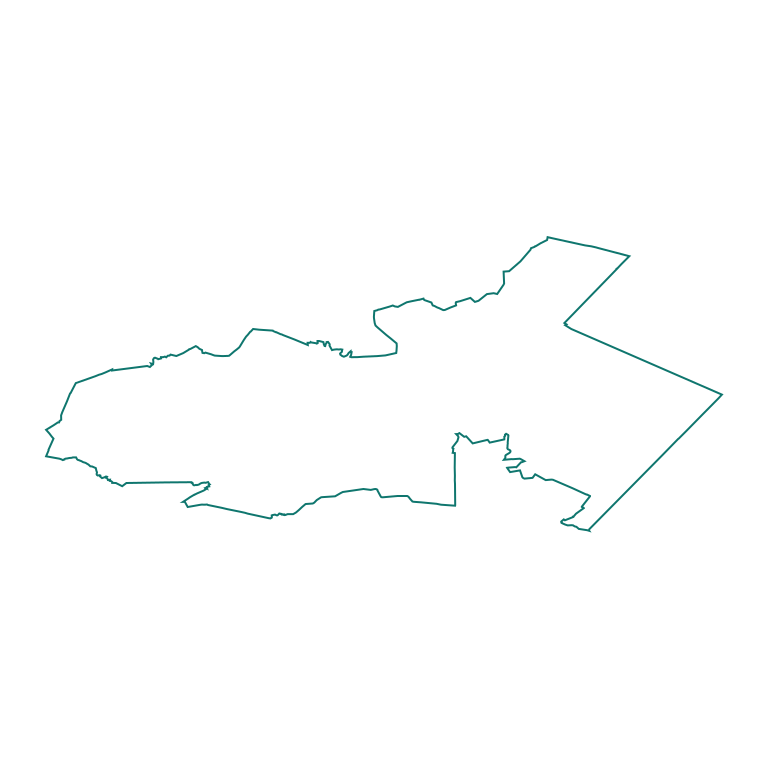 Sarkaņu pag., Madona, Latvia
{"feature_id": "27541924B13907440389179", "entity_name": "Sarkaņu pag.", "entity_type": "district", "adm_level": 2, "iso_a3": "LVA", "parent_name": "Latvia", "parent_adm1": "Madona", "projection": "equal_earth", "projection_center": [26.346, 56.915], "detail": "fine", "context": "isolated", "style": "outline", "palette": "teal", "viewbox_px": 768, "rotation_deg": 0, "n_neighbors": 0, "source": "geoboundaries", "source_scale": "gbopen_adm2", "svg_char_len": 6037}
<svg xmlns="http://www.w3.org/2000/svg" viewBox="0 0 768 768"><path d="M721.9,394.6L571.3,329.0L565.2,325.2L566.5,324.4L564.4,323.0L617.1,268.7L616.9,268.6L618.2,267.5L621.3,264.2L629.3,256.2L598.1,248.0L596.0,247.4L591.2,246.3L585.1,245.4L581.4,244.6L547.6,237.2L547.1,240.0L540.5,243.3L535.9,246.1L535.3,246.4L535.1,246.3L534.2,247.0L531.0,248.2L530.5,249.7L520.4,261.4L509.1,271.2L503.6,271.6L504.1,283.5L503.5,284.8L497.2,294.0L493.7,293.2L486.9,294.1L478.5,300.8L474.9,301.9L470.4,297.9L460.0,301.2L456.1,302.1L455.7,303.0L456.1,305.4L450.5,307.5L444.8,310.0L443.2,310.1L439.0,308.1L437.3,307.5L434.5,306.0L432.7,305.4L431.4,302.5L424.5,300.1L423.9,299.6L423.5,298.6L419.2,299.8L419.1,299.7L411.2,301.3L406.7,302.3L397.9,306.9L394.8,306.4L392.8,305.5L389.5,306.6L379.9,309.4L378.8,309.6L378.3,309.6L377.3,310.2L374.3,311.0L373.9,316.9L374.0,318.3L374.7,323.0L375.5,325.5L377.4,327.3L386.1,334.8L391.1,338.8L396.6,343.4L396.8,346.1L396.5,350.8L396.2,353.0L385.5,355.4L377.1,356.1L363.6,356.7L357.7,357.1L351.3,357.2L350.2,356.8L351.1,355.0L351.6,352.2L350.8,352.2L350.7,351.2L348.6,353.0L347.6,354.7L346.6,355.6L343.9,356.7L342.1,356.0L340.3,354.6L340.1,353.5L341.9,351.8L342.0,350.8L342.3,349.6L340.7,349.3L338.6,349.5L336.9,349.3L334.0,349.6L332.0,350.1L329.5,345.6L329.7,344.8L329.6,344.1L328.0,341.9L326.6,342.1L326.5,343.0L325.7,344.1L325.2,346.1L324.6,346.0L324.3,345.3L323.9,344.6L323.4,342.1L319.1,341.0L317.5,341.0L317.5,341.8L317.8,342.9L316.8,343.6L315.9,343.2L311.0,342.4L310.6,342.0L309.8,342.8L307.6,342.8L307.8,345.0L294.5,339.5L283.1,335.1L281.7,334.4L280.6,334.2L276.3,332.2L276.1,332.3L274.2,331.5L273.1,331.0L272.8,330.6L259.2,329.7L253.1,329.0L250.7,331.6L250.2,331.8L247.8,334.8L246.1,336.6L243.8,340.0L239.8,346.6L239.1,347.5L236.7,349.5L234.3,351.3L229.2,355.7L227.9,355.9L222.4,356.1L214.8,355.6L213.5,355.2L211.2,354.3L205.4,352.6L204.3,353.2L202.5,352.9L202.2,351.4L202.0,350.0L199.4,348.8L197.7,347.2L195.8,346.1L190.3,349.0L189.2,349.2L189.0,349.6L183.2,353.1L176.6,355.9L176.3,356.0L170.5,354.6L169.6,355.6L167.9,355.7L166.2,357.3L164.9,356.6L163.4,357.1L161.0,357.1L161.1,358.4L158.2,359.2L157.8,358.8L155.0,357.7L154.0,358.1L153.3,359.2L153.1,359.7L153.4,362.0L153.1,364.1L151.0,363.5L151.9,365.1L149.9,367.0L147.2,366.0L112.1,370.5L112.2,369.4L105.5,372.4L101.6,374.0L99.1,374.7L95.4,376.2L75.8,383.1L70.6,393.1L70.1,393.4L67.0,401.3L62.3,412.1L61.1,415.4L61.2,419.8L59.5,421.1L59.1,422.4L57.6,422.5L57.0,423.0L53.7,425.2L46.1,429.8L49.4,433.5L51.9,436.8L53.5,438.6L48.5,449.8L48.6,450.3L48.2,451.3L46.1,456.3L59.5,458.7L61.5,459.4L62.8,460.1L63.7,459.8L63.6,459.7L65.1,458.8L66.2,458.5L67.0,458.5L69.3,458.0L71.7,457.8L72.9,457.4L76.1,457.4L77.0,459.2L77.7,459.8L78.2,460.0L79.3,460.3L79.9,460.6L81.5,461.2L83.0,462.1L85.1,462.7L86.2,463.2L87.7,464.2L88.3,464.4L90.3,466.3L92.2,466.5L95.8,468.1L96.4,470.8L97.0,472.3L96.6,474.1L96.9,474.9L97.7,475.5L99.7,475.2L100.3,475.5L100.0,476.4L102.0,478.1L104.2,477.4L106.0,476.5L106.7,476.7L105.7,477.6L105.9,477.8L106.7,478.0L107.3,478.4L107.9,480.0L110.0,479.7L109.8,480.9L111.3,481.2L112.3,482.1L112.2,482.9L115.9,483.0L122.2,486.2L126.4,483.0L166.0,482.4L191.5,482.2L191.9,482.5L191.7,482.6L191.7,482.8L191.9,482.8L191.9,482.6L192.2,482.7L192.4,483.0L192.2,483.1L192.3,483.2L192.3,483.4L192.6,483.7L193.3,484.9L193.7,485.2L194.3,485.3L196.1,484.9L196.8,485.1L198.8,484.6L200.6,483.4L202.0,482.9L204.4,482.6L205.6,482.8L208.1,482.1L209.3,484.1L209.7,484.4L208.6,485.1L209.2,486.4L206.9,486.9L207.2,488.5L206.2,487.8L205.1,488.1L205.9,489.2L203.6,490.6L196.9,493.5L194.4,494.8L194.3,494.7L189.9,497.3L187.9,498.7L183.0,501.9L184.9,501.9L187.7,507.0L200.2,504.8L201.8,504.6L204.9,504.7L207.0,504.5L208.0,505.0L221.6,507.8L227.1,509.1L240.4,511.8L245.0,512.8L247.6,513.6L268.8,518.2L270.5,518.4L270.8,518.1L271.4,517.9L271.4,517.7L271.8,517.4L271.9,517.0L271.7,515.4L272.4,515.1L275.0,514.6L276.6,515.3L277.5,515.3L278.2,514.7L279.3,513.5L280.8,513.8L280.6,514.0L281.5,514.3L281.6,514.5L282.0,514.4L282.8,514.6L283.5,514.4L283.8,514.4L283.6,514.9L284.5,515.1L285.3,515.0L287.7,514.1L293.2,514.1L296.0,512.5L298.9,510.0L302.2,506.9L305.5,504.1L305.9,504.0L312.8,503.5L314.2,502.7L316.7,500.1L320.9,497.4L321.6,497.2L335.1,496.3L341.0,492.9L342.8,492.0L363.4,489.0L370.8,489.9L374.3,489.1L375.5,489.0L376.1,489.1L376.9,489.4L377.4,489.9L377.4,490.3L380.4,495.9L381.0,496.9L381.6,497.2L382.7,497.3L397.5,496.0L407.2,496.0L407.8,496.3L408.5,496.8L410.2,499.0L412.0,501.0L412.4,501.5L412.8,501.6L413.8,501.8L420.7,502.3L436.6,503.8L441.0,504.7L455.1,505.7L455.2,505.3L455.0,483.9L454.8,480.4L454.9,475.7L454.7,467.7L454.9,453.1L452.7,452.8L453.0,451.8L453.2,449.3L453.4,448.7L452.6,448.3L452.4,447.9L452.5,447.3L457.4,441.0L458.5,437.2L458.1,436.1L456.2,434.1L457.9,434.0L459.4,433.1L464.2,436.8L466.2,436.3L472.7,443.4L487.3,439.9L487.7,439.9L488.1,440.3L489.7,442.6L504.3,439.4L504.4,437.6L504.3,436.7L505.1,435.9L505.0,434.7L506.1,433.8L508.2,435.0L508.4,435.5L507.7,442.5L507.8,443.3L507.5,445.5L507.6,445.9L507.5,446.3L507.5,447.4L507.3,447.8L507.4,448.5L507.9,449.2L509.8,450.1L510.2,450.5L510.5,451.1L510.4,451.8L509.6,452.8L508.5,453.5L506.6,454.6L505.7,455.2L505.4,455.7L505.3,456.2L505.4,457.2L505.3,457.9L503.9,459.8L511.6,459.1L512.8,459.2L519.8,458.7L521.1,459.3L524.4,461.2L521.8,462.2L521.0,462.3L516.3,467.3L515.8,467.1L514.8,467.1L508.5,467.6L507.1,467.8L507.2,468.0L510.1,472.1L520.0,470.4L522.4,477.3L523.3,478.1L524.5,478.6L532.3,477.9L532.6,477.8L535.2,474.3L545.7,480.1L551.3,479.6L552.4,479.7L553.0,479.8L572.5,488.2L585.8,494.3L586.7,494.6L586.9,494.5L590.0,496.0L590.0,496.3L581.8,506.7L581.8,506.9L583.7,507.9L583.8,508.1L576.0,513.7L573.6,516.5L573.1,516.6L573.2,517.0L564.9,520.3L563.8,519.4L561.3,521.5L561.8,522.4L561.4,522.7L561.5,522.9L565.0,524.5L567.7,525.4L571.3,525.2L573.0,525.3L574.7,526.4L576.4,526.8L578.8,528.9L587.2,530.2L589.2,530.8L589.0,530.5L589.1,529.8L589.3,529.2L589.6,528.9L662.9,454.6L678.2,438.9L678.6,438.7L686.3,431.0L701.9,415.1L718.6,398.2L721.9,394.6Z" fill="none" stroke="#0f766e" stroke-width="2"/></svg>